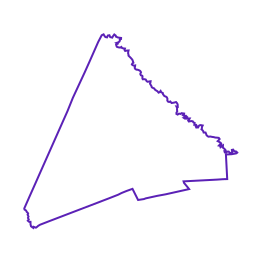 the district of Acrelândia, Acre, Brazil, rotated 267°
{"feature_id": "56859067B29113290851832", "entity_name": "Acrelândia", "entity_type": "district", "adm_level": 2, "iso_a3": "BRA", "parent_name": "Brazil", "parent_adm1": "Acre", "projection": "natural_earth1", "projection_center": [-66.886, -9.954], "detail": "fine", "context": "isolated", "style": "outline", "palette": "violet", "viewbox_px": 256, "rotation_deg": 267, "n_neighbors": 0, "source": "geoboundaries", "source_scale": "gbopen_adm2", "svg_char_len": 3136}
<svg xmlns="http://www.w3.org/2000/svg" viewBox="0 0 256 256"><g transform="rotate(267 128 128)"><path d="M161.0,74.5L147.9,68.4L138.3,63.5L85.6,36.7L77.1,32.4L64.2,25.8L61.8,24.6L53.1,20.2L52.0,20.4L50.9,21.9L49.5,22.5L48.6,23.4L47.6,23.8L46.7,23.2L44.8,24.0L43.5,23.4L41.8,24.1L40.7,23.1L39.4,24.5L39.4,25.7L38.2,25.7L37.1,25.6L34.9,26.0L33.9,27.2L33.2,28.2L34.3,28.5L33.3,30.8L34.1,32.1L35.0,33.2L36.0,35.1L38.9,43.9L58.7,105.1L61.9,114.7L63.4,118.1L65.2,123.3L67.0,129.3L55.6,134.3L56.2,140.2L56.8,142.0L58.7,153.6L59.8,162.1L61.1,169.8L63.8,185.8L65.4,184.7L70.2,181.1L71.8,180.7L71.8,188.8L71.8,193.5L71.8,200.0L71.8,209.1L71.8,214.3L71.9,220.3L71.8,224.4L73.6,224.4L84.5,224.4L89.6,224.4L96.4,224.4L96.4,230.1L97.0,234.8L97.7,235.8L98.8,234.9L99.3,232.8L100.9,231.9L100.7,230.6L99.0,230.7L98.0,230.9L97.5,229.6L98.1,228.2L99.2,227.3L99.2,225.8L98.5,224.9L98.6,223.4L99.8,223.1L99.8,224.5L101.1,224.1L102.3,223.0L103.5,221.7L105.6,221.9L104.7,220.4L104.0,219.4L105.4,219.1L106.6,220.3L107.6,220.3L108.5,219.6L109.3,218.4L110.2,216.9L110.9,217.7L112.2,218.9L113.4,218.1L113.7,216.4L113.9,214.6L114.4,213.2L114.7,211.6L115.2,209.7L115.1,208.0L115.6,207.1L116.8,206.0L118.0,205.7L119.4,205.2L119.5,203.3L120.8,203.0L122.0,202.2L122.8,201.3L123.9,201.8L125.2,201.9L126.6,202.7L127.1,200.7L126.9,199.5L126.1,198.6L124.9,198.1L124.9,196.2L126.0,195.8L126.5,196.7L127.6,196.2L127.7,194.4L129.6,194.8L130.2,193.6L131.3,193.0L131.6,191.7L131.5,190.5L131.3,189.1L132.3,188.5L133.3,189.5L134.3,190.1L134.4,188.6L134.3,186.7L134.4,185.3L135.1,184.4L135.4,186.0L136.1,187.4L137.2,186.4L136.9,184.8L137.9,183.6L138.4,184.6L139.5,184.8L140.0,182.2L139.3,181.2L139.7,179.7L138.8,178.3L139.5,177.1L140.8,177.2L141.9,178.0L143.9,177.9L145.5,178.1L146.9,177.5L146.6,178.8L147.6,178.8L149.0,178.8L150.3,178.2L151.4,177.3L151.0,175.6L150.8,174.2L150.7,172.8L152.3,171.6L151.8,170.5L152.2,169.4L153.3,168.7L155.2,168.9L156.6,168.4L157.4,167.4L158.0,166.0L159.9,164.7L161.1,164.6L161.9,163.1L163.3,162.5L162.1,161.4L161.7,160.4L163.2,159.3L163.9,158.2L164.9,156.9L166.1,156.3L166.6,155.2L167.4,153.9L168.6,153.6L171.1,152.3L172.4,152.8L173.5,153.0L173.4,151.6L173.1,150.2L173.7,149.1L174.6,148.7L175.5,148.2L175.9,146.8L175.9,145.3L177.1,144.9L178.4,145.2L179.4,145.0L180.0,143.6L181.3,143.1L183.0,143.9L184.3,143.2L184.9,142.4L185.7,140.7L185.8,139.5L186.5,138.4L187.7,137.8L188.8,138.2L190.1,138.4L189.9,137.2L190.5,136.0L191.2,135.2L192.2,135.7L192.9,136.8L194.4,136.4L196.0,135.9L197.9,134.4L199.0,133.4L200.2,132.3L201.5,132.3L202.5,132.0L204.0,132.2L205.4,132.6L205.4,131.0L205.1,129.2L206.2,128.6L207.5,129.1L207.8,127.3L208.3,126.1L209.3,125.6L208.7,124.5L208.9,123.3L209.2,122.2L209.7,121.1L210.8,120.7L211.9,120.5L212.6,121.9L213.5,120.8L214.0,122.6L214.7,123.9L215.6,124.4L216.7,124.4L217.2,125.7L218.3,125.8L218.5,124.6L218.9,122.7L219.9,120.7L220.9,120.6L222.1,119.2L220.3,117.7L219.1,117.0L219.7,115.0L221.6,114.3L221.4,112.7L219.6,111.8L220.0,110.2L221.4,109.2L222.8,108.5L222.0,106.6L215.4,102.7L196.6,93.2L185.7,87.6L161.0,74.5ZM105.4,219.1L105.7,217.9L106.5,218.7L105.4,219.1Z" fill="none" stroke="#5b21b6" stroke-width="2"/></g></svg>